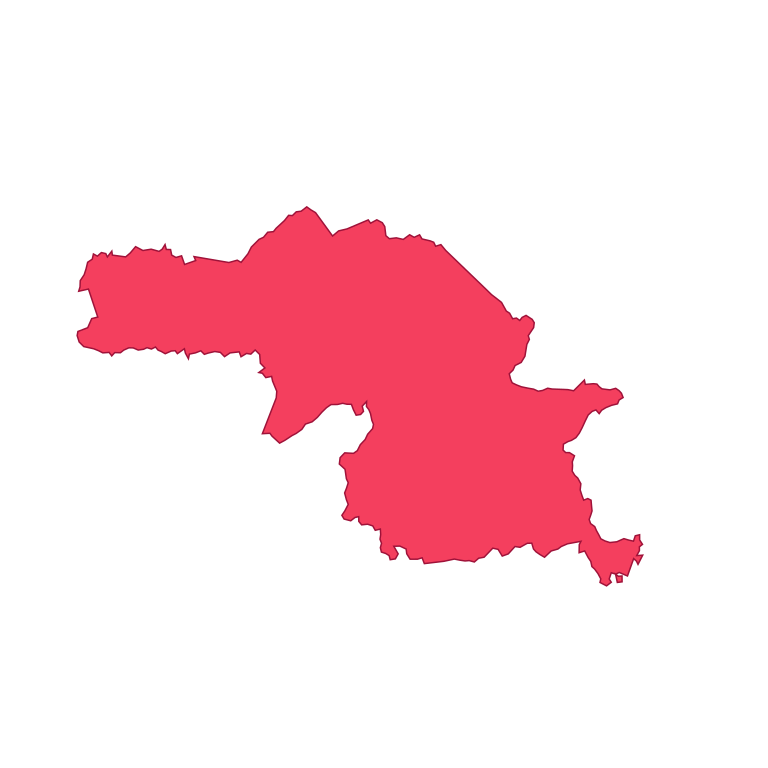 Carazinho, Rio Grande do Sul, Brazil, rotated 216°
{"feature_id": "56859067B4545609401254", "entity_name": "Carazinho", "entity_type": "district", "adm_level": 2, "iso_a3": "BRA", "parent_name": "Brazil", "parent_adm1": "Rio Grande do Sul", "projection": "albers", "projection_center": [-52.891, -28.277], "detail": "fine", "context": "isolated", "style": "filled", "palette": "rose", "viewbox_px": 768, "rotation_deg": 216, "n_neighbors": 0, "source": "geoboundaries", "source_scale": "gbopen_adm2", "svg_char_len": 4426}
<svg xmlns="http://www.w3.org/2000/svg" viewBox="0 0 768 768"><g transform="rotate(216 384 384)"><path d="M272.0,249.2L272.7,254.9L280.7,258.5L275.9,262.2L269.1,263.5L265.8,260.0L259.9,257.6L253.9,262.0L251.0,265.8L245.8,262.4L231.4,275.7L224.2,283.7L219.0,286.1L214.4,288.5L211.3,291.2L206.3,293.1L205.0,298.7L201.2,302.7L199.5,315.1L194.5,317.3L187.2,314.3L183.6,319.6L182.5,329.5L177.9,331.9L174.5,339.3L170.9,342.1L166.1,338.4L162.4,337.6L157.6,337.7L152.3,338.2L150.6,347.2L146.3,352.7L145.1,356.7L141.6,362.6L135.5,369.0L132.2,372.5L131.6,368.8L127.0,362.2L123.5,366.9L116.8,363.6L112.4,362.0L108.5,358.5L104.9,358.1L99.5,356.4L94.1,353.8L92.6,350.4L85.3,351.5L83.6,357.2L87.2,358.6L89.2,364.9L84.9,366.3L82.9,369.8L74.2,371.8L79.4,389.5L75.7,389.1L72.5,387.4L74.1,397.6L78.7,393.7L79.4,399.3L81.7,402.4L80.6,406.2L85.5,408.1L88.6,412.3L91.5,408.9L89.8,403.5L94.2,401.6L99.0,399.9L101.0,396.5L102.9,393.2L108.1,388.5L113.0,386.9L117.6,386.2L121.7,388.3L125.8,390.2L129.7,392.5L134.8,392.5L138.4,395.0L139.8,399.8L141.1,403.6L144.3,407.2L148.2,411.7L151.8,411.1L154.2,407.4L158.4,410.2L163.0,413.6L166.1,419.0L172.0,421.8L175.8,422.2L180.5,424.1L183.4,428.7L185.9,431.7L187.7,437.9L193.6,437.5L196.7,435.3L200.3,435.8L203.5,440.8L201.3,445.6L199.2,448.6L197.2,453.4L197.1,459.0L198.0,465.1L199.5,472.6L200.6,479.0L199.5,484.2L197.3,487.6L192.5,486.5L192.5,490.7L190.6,495.3L187.3,500.6L183.4,505.2L184.4,509.3L182.6,513.6L186.5,516.1L189.9,516.8L194.0,516.7L197.7,512.1L201.5,510.0L204.8,508.2L208.4,508.3L211.7,509.1L214.8,507.3L220.9,502.0L224.2,505.0L226.6,490.0L231.8,487.6L234.7,485.7L245.1,478.7L249.1,476.8L251.9,472.0L255.0,468.8L259.9,467.8L265.2,465.2L271.2,462.5L276.5,461.1L281.0,460.3L284.4,462.3L288.7,465.9L287.8,471.1L288.8,476.0L285.7,482.1L286.3,489.3L291.7,500.0L292.6,505.5L295.7,507.9L296.1,517.6L298.5,521.9L302.1,523.4L309.4,523.0L311.4,519.1L311.5,515.2L315.6,515.2L318.3,512.4L324.0,515.1L327.9,514.9L336.9,519.1L349.6,519.5L355.7,520.4L412.5,528.3L419.9,530.2L423.2,525.8L427.1,527.9L430.9,526.9L438.5,523.7L442.9,525.6L445.8,520.4L451.0,519.8L453.4,512.3L459.9,509.5L465.1,504.7L469.7,505.1L475.9,511.8L480.2,513.5L486.3,512.6L489.4,506.2L493.2,507.5L505.1,487.7L510.7,481.2L512.6,473.5L540.1,482.4L545.7,481.9L550.6,481.9L552.6,475.1L556.2,471.7L557.1,466.4L560.3,464.4L560.6,457.7L562.8,446.6L563.0,442.3L567.3,438.4L567.7,431.9L570.1,427.6L571.8,416.8L570.6,409.4L571.1,398.4L575.5,397.9L580.9,391.1L612.6,375.4L608.9,373.2L615.6,363.5L623.1,368.7L626.7,364.1L631.5,363.5L635.7,367.3L639.2,364.9L643.1,368.1L642.7,362.7L643.9,359.1L651.6,356.2L657.5,350.3L665.7,349.1L666.3,340.9L667.7,335.0L679.5,328.6L682.3,331.5L682.5,324.2L685.7,326.0L689.9,324.2L691.0,319.0L695.5,318.4L693.4,313.5L695.3,308.3L692.7,302.0L690.8,296.2L690.5,289.1L687.0,283.9L685.5,279.6L678.9,287.1L654.9,269.9L658.9,265.1L656.8,255.4L662.5,246.6L660.7,242.8L655.3,238.8L648.9,237.8L644.8,239.6L639.5,241.9L634.3,243.2L629.8,243.9L624.9,248.0L620.8,246.7L620.3,251.1L615.6,254.4L614.5,258.4L611.7,263.3L608.1,265.8L602.8,267.0L598.9,270.8L597.1,274.1L592.7,275.6L590.6,279.6L586.7,278.6L583.4,279.4L578.8,279.9L575.5,285.6L572.5,288.2L569.0,287.1L566.2,295.2L562.9,292.3L557.1,289.5L559.0,293.8L554.8,298.4L551.7,303.2L546.8,302.4L544.4,305.7L540.0,310.8L535.0,313.4L529.1,312.4L526.8,318.7L520.0,324.9L515.7,322.0L513.2,327.9L509.3,329.9L508.2,335.8L501.9,334.8L496.2,328.1L489.8,327.0L492.0,319.7L488.7,321.2L483.4,319.7L479.4,324.1L475.9,320.9L466.5,315.1L463.0,309.4L453.2,272.3L447.3,277.1L444.0,276.0L433.7,274.8L431.1,280.2L428.1,288.2L426.0,292.4L423.8,299.1L424.0,305.4L419.9,311.2L418.3,317.9L417.7,324.6L416.6,331.1L414.8,336.2L409.6,340.1L406.1,344.1L402.2,345.8L398.4,348.4L393.6,345.2L388.2,342.4L385.0,345.6L384.5,349.8L388.6,353.3L387.8,359.6L385.0,355.5L381.3,354.4L377.5,352.1L372.5,347.5L368.8,345.2L367.0,341.2L367.7,333.8L366.6,328.0L367.5,321.1L366.4,314.4L367.9,310.0L370.8,308.1L375.3,305.2L376.2,298.6L373.1,293.0L365.4,292.1L361.8,288.4L358.7,285.2L354.9,283.1L353.1,277.7L351.8,272.7L346.4,268.3L342.2,265.6L341.1,258.4L340.9,253.0L336.9,251.3L330.5,253.8L329.0,259.0L326.5,261.8L323.6,258.0L319.3,256.9L314.9,260.9L309.7,262.6L305.1,260.5L301.7,264.5L298.2,260.3L296.0,256.1L292.4,253.7L290.7,249.4L287.3,246.5L283.0,247.9L279.0,248.2L275.7,245.5L272.0,249.2ZM84.9,366.3L78.6,360.6L75.1,363.9L78.6,368.6L81.4,366.2L84.9,366.3Z" fill="#f43f5e" stroke="#9f1239" stroke-width="1.5"/></g></svg>